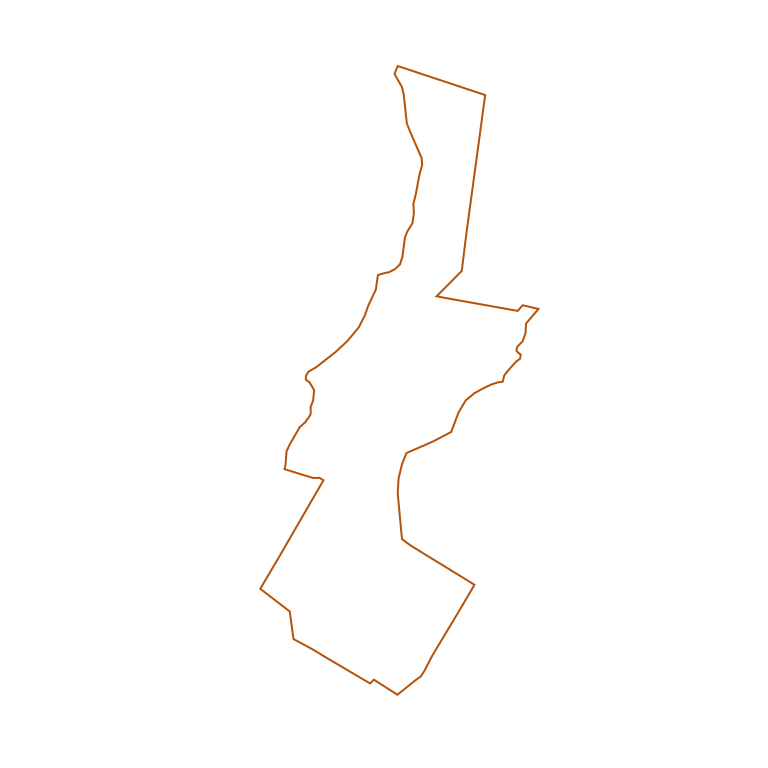 outline of Racsa, Satu Mare, Romania, rotated 255°
{"feature_id": "2599482B77905945866588", "entity_name": "Racsa", "entity_type": "district", "adm_level": 2, "iso_a3": "ROU", "parent_name": "Romania", "parent_adm1": "Satu Mare", "projection": "equal_earth", "projection_center": [23.264, 47.856], "detail": "fine", "context": "isolated", "style": "outline", "palette": "amber", "viewbox_px": 768, "rotation_deg": 255, "n_neighbors": 0, "source": "geoboundaries", "source_scale": "gbopen_adm2", "svg_char_len": 1709}
<svg xmlns="http://www.w3.org/2000/svg" viewBox="0 0 768 768"><g transform="rotate(255 384 384)"><path d="M218.2,211.5L201.3,224.4L188.6,234.1L177.6,232.7L166.7,231.3L161.0,230.6L157.0,234.9L145.4,247.1L134.2,257.8L98.4,293.0L101.0,297.7L80.4,316.5L89.9,338.2L92.1,344.0L96.3,348.6L109.1,360.3L131.7,383.7L138.1,390.4L140.2,392.4L142.1,394.5L143.5,395.9L159.9,412.6L166.6,419.4L168.6,417.6L171.4,415.0L186.5,400.6L192.1,395.4L205.4,382.7L221.0,368.0L229.4,361.3L234.7,362.1L243.6,363.6L275.1,369.0L288.9,373.6L302.0,380.7L311.5,387.8L315.8,416.5L320.3,436.5L337.4,448.8L347.1,458.8L351.8,469.1L354.5,480.5L355.8,487.9L356.1,494.3L355.5,499.3L361.1,502.3L365.1,507.7L369.8,514.8L371.5,517.6L373.2,522.0L377.0,523.7L379.7,521.5L382.2,520.6L385.5,522.4L389.5,529.1L397.0,534.1L405.6,536.8L416.5,552.6L424.2,538.3L420.0,532.0L435.2,499.7L448.1,472.1L455.1,457.5L473.1,488.4L507.0,502.1L571.9,529.3L636.9,556.5L687.6,479.5L680.8,474.4L666.1,478.2L658.9,478.0L629.9,473.5L621.8,474.4L593.2,478.7L592.5,478.8L585.8,477.6L576.8,472.3L559.4,464.0L550.4,459.0L540.9,457.0L531.7,452.9L525.5,446.2L520.2,442.2L502.1,434.7L495.3,430.3L492.0,424.1L490.7,417.5L491.0,413.3L490.8,406.3L477.4,400.6L463.9,389.2L454.9,383.0L449.0,377.6L445.6,374.7L435.0,359.8L427.4,345.4L417.9,323.2L415.3,314.0L412.2,310.8L408.5,309.6L405.1,312.4L400.0,313.9L396.0,314.9L390.2,312.7L386.2,311.2L382.9,308.7L380.9,307.2L377.7,306.4L373.8,305.3L371.2,302.7L369.7,300.5L367.6,298.4L364.9,292.9L364.1,291.4L360.8,288.1L357.1,284.4L352.5,279.8L350.5,277.7L344.3,272.5L331.3,267.9L327.5,265.9L319.6,278.3L315.4,285.1L312.0,290.5L310.9,293.4L310.2,297.2L306.7,300.6L245.1,238.9L218.2,211.5Z" fill="none" stroke="#b45309" stroke-width="2"/></g></svg>